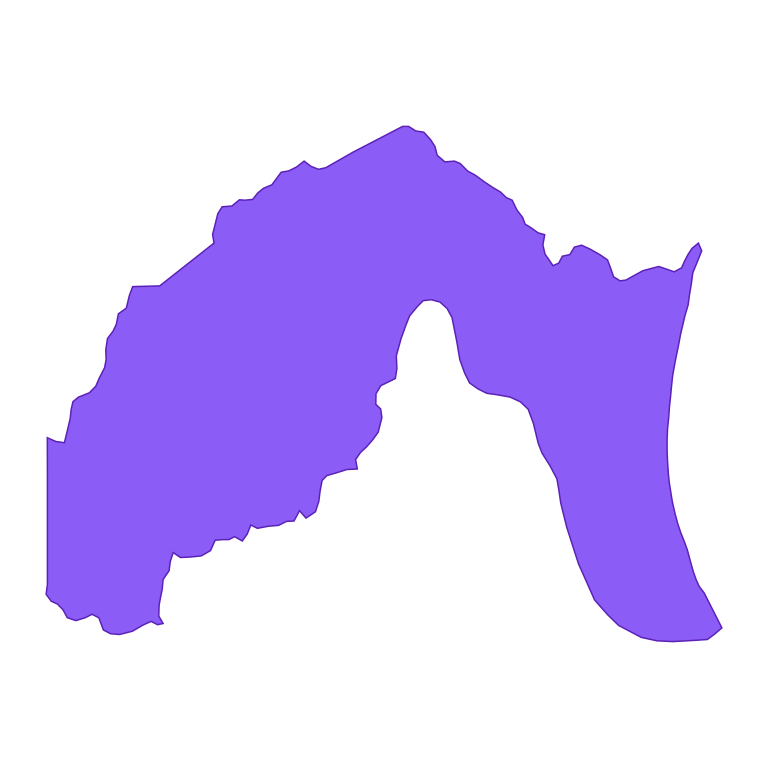 outline of Ituberá, Bahia, Brazil
{"feature_id": "56859067B48317251517173", "entity_name": "Ituberá", "entity_type": "district", "adm_level": 2, "iso_a3": "BRA", "parent_name": "Brazil", "parent_adm1": "Bahia", "projection": "equal_earth", "projection_center": [-39.132, -13.75], "detail": "fine", "context": "isolated", "style": "filled", "palette": "violet", "viewbox_px": 768, "rotation_deg": 0, "n_neighbors": 0, "source": "geoboundaries", "source_scale": "gbopen_adm2", "svg_char_len": 2941}
<svg xmlns="http://www.w3.org/2000/svg" viewBox="0 0 768 768"><path d="M721.9,627.9L704.2,593.0L699.2,586.4L696.2,579.8L693.4,572.0L690.6,562.0L687.4,550.1L684.3,541.5L680.8,532.8L677.8,523.8L675.0,513.4L672.3,501.5L670.4,489.7L669.2,482.1L668.3,472.8L667.5,460.8L667.1,450.0L667.1,439.8L667.5,429.2L668.7,417.5L669.5,406.4L670.5,397.1L671.4,387.5L672.6,375.9L674.4,365.8L676.3,355.9L678.5,345.4L680.6,334.1L682.8,324.9L684.9,315.9L688.2,304.7L689.4,295.4L691.4,283.4L692.8,272.8L697.1,262.3L701.7,250.9L698.4,243.1L692.0,248.4L688.0,254.5L684.6,261.0L681.6,267.8L674.2,271.8L665.8,268.9L658.8,266.5L651.5,268.4L642.9,270.7L632.3,276.5L625.9,280.1L620.0,280.8L613.6,276.8L610.7,268.4L607.5,259.9L600.4,255.0L589.7,248.9L581.5,245.2L574.4,247.1L569.8,254.6L562.4,256.2L558.7,263.1L553.0,265.7L549.1,259.9L545.0,254.1L542.9,245.0L544.7,234.7L538.0,232.8L532.1,228.5L525.1,224.1L522.6,217.4L516.9,210.0L512.2,200.2L506.4,197.7L500.6,192.1L492.7,187.4L484.4,181.9L475.6,175.4L467.6,171.0L460.2,163.5L454.4,161.1L444.9,161.9L437.2,155.3L435.0,146.6L430.5,139.6L423.8,132.2L415.6,130.9L408.6,126.4L402.6,126.4L353.1,152.1L325.8,167.7L318.5,169.3L311.1,166.4L304.1,161.1L296.7,166.9L288.8,170.9L281.2,172.2L271.9,184.8L263.6,188.2L257.8,192.9L252.7,199.4L245.0,200.2L239.4,199.8L231.9,206.0L222.1,206.8L217.8,213.7L215.1,224.5L212.6,234.4L214.0,243.1L159.7,285.9L132.7,286.6L129.4,295.4L126.3,308.1L118.4,313.8L116.3,324.4L113.0,331.2L107.5,338.5L105.8,349.6L106.1,359.6L104.6,367.7L99.3,378.0L95.8,386.2L89.3,392.8L78.5,397.1L73.0,401.6L71.2,409.3L70.2,418.4L67.3,430.8L64.4,442.7L55.9,441.5L47.3,437.7L47.4,472.0L47.4,521.0L47.4,584.6L46.1,594.3L51.3,601.3L57.4,604.0L63.0,609.8L67.3,617.7L75.9,620.6L85.3,617.7L92.0,614.3L98.8,617.7L103.4,630.0L110.5,633.7L119.5,634.5L132.5,631.2L142.9,625.1L151.1,621.4L157.6,624.7L163.1,623.5L158.8,616.1L159.1,605.3L160.6,597.0L162.2,589.3L163.1,579.5L169.1,570.7L170.3,561.4L173.2,552.6L180.5,557.5L190.6,557.0L201.3,555.9L210.5,550.6L215.2,540.2L223.0,539.6L228.9,539.6L234.6,536.7L242.3,541.0L247.2,534.1L250.8,525.0L257.4,528.3L268.7,526.2L278.5,525.4L286.5,521.4L294.0,521.0L299.5,510.7L306.0,518.1L315.4,511.8L318.8,501.5L320.1,491.0L322.1,480.5L326.8,475.6L336.5,472.8L346.9,469.5L357.3,469.0L355.6,459.5L360.4,452.6L366.6,446.8L372.7,439.8L378.2,432.1L381.9,417.6L380.7,409.0L375.8,404.3L376.0,393.7L380.9,385.6L388.9,381.7L395.3,378.5L396.9,368.5L396.3,355.9L401.1,338.5L405.7,325.7L409.6,315.9L417.4,306.5L423.2,300.7L431.1,299.7L439.9,302.0L447.0,308.4L452.0,317.5L456.9,342.2L458.3,350.6L459.8,359.6L464.7,373.2L469.6,383.0L478.3,389.1L486.8,393.3L498.1,394.9L510.1,397.1L520.5,401.9L528.2,409.3L533.4,423.4L538.3,443.6L542.2,453.4L550.2,466.1L556.9,478.9L558.5,487.9L560.8,503.3L566.7,527.2L578.6,564.1L584.7,577.7L594.6,600.0L607.7,614.8L618.7,625.5L641.3,637.4L656.9,640.8L672.6,641.6L695.8,640.3L707.4,639.5L714.5,634.2L721.9,627.9Z" fill="#8b5cf6" stroke="#5b21b6" stroke-width="1.5"/></svg>